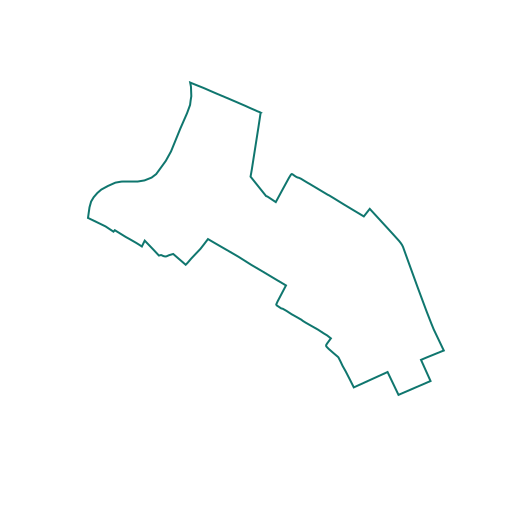 Curcani, Calarasi, Romania (Equal Earth projection), rotated 66°
{"feature_id": "2599482B73805615564390", "entity_name": "Curcani", "entity_type": "district", "adm_level": 2, "iso_a3": "ROU", "parent_name": "Romania", "parent_adm1": "Calarasi", "projection": "equal_earth", "projection_center": [26.604, 44.207], "detail": "fine", "context": "isolated", "style": "outline", "palette": "teal", "viewbox_px": 512, "rotation_deg": 66, "n_neighbors": 0, "source": "geoboundaries", "source_scale": "gbopen_adm2", "svg_char_len": 2109}
<svg xmlns="http://www.w3.org/2000/svg" viewBox="0 0 512 512"><g transform="rotate(66 256 256)"><path d="M152.9,394.0L160.3,387.7L167.8,381.4L175.8,376.3L175.0,374.5L185.7,367.2L189.0,364.7L195.3,360.1L198.1,358.2L200.9,356.4L196.7,351.4L208.3,347.2L216.1,344.5L216.4,342.8L216.7,342.1L218.1,340.9L219.0,339.9L219.7,338.7L219.9,337.8L219.9,335.0L220.3,332.1L220.5,330.8L235.4,323.8L234.6,321.7L232.0,316.2L229.0,309.0L226.9,303.9L224.4,299.2L221.0,293.0L227.4,288.4L245.7,275.1L249.6,272.3L262.2,263.9L270.0,258.3L295.1,240.6L306.4,254.9L308.3,257.0L308.5,257.2L309.5,257.2L314.1,254.3L315.1,253.0L318.5,250.5L321.3,248.7L323.9,247.0L324.8,246.3L332.8,240.4L334.2,239.7L337.0,237.8L342.3,233.9L348.5,229.3L354.1,225.7L357.5,223.3L361.7,221.1L364.6,226.2L365.5,227.6L365.9,228.1L366.6,228.5L367.2,228.5L367.7,228.4L370.4,227.4L375.8,224.9L381.2,222.3L381.9,222.0L382.7,221.9L386.8,221.7L391.6,221.6L397.9,221.0L406.8,220.5L415.8,220.1L415.6,194.5L415.5,183.0L440.8,182.3L441.2,147.4L418.0,147.5L418.1,141.5L418.4,132.2L418.7,122.9L407.0,123.2L395.3,123.5L389.1,123.3L376.0,122.7L350.7,121.1L321.0,119.0L307.5,118.0L305.3,118.1L303.0,118.5L300.6,119.1L293.5,121.4L284.5,124.4L259.2,132.9L263.7,141.4L245.3,154.3L239.6,158.2L234.9,161.4L230.3,164.6L229.3,165.5L211.8,177.8L211.4,178.1L210.2,179.0L207.2,181.1L203.7,183.5L201.9,185.1L201.2,186.1L200.0,187.1L198.5,188.1L196.7,189.1L195.7,189.9L195.7,190.3L195.9,191.0L198.0,194.1L207.4,206.4L214.8,216.0L208.0,220.3L206.3,221.4L205.4,222.4L181.3,228.7L175.2,224.6L139.5,201.5L127.0,193.5L127.0,193.4L126.7,193.6L125.6,194.6L124.2,196.0L122.8,197.2L119.1,200.6L117.1,202.4L114.7,204.5L109.6,209.2L107.3,211.3L104.2,214.2L101.8,216.4L91.9,225.7L86.9,230.3L82.4,234.4L80.9,235.8L77.1,239.5L70.8,245.6L72.6,246.0L75.0,246.6L83.7,250.1L87.4,252.5L91.2,254.8L97.5,260.9L108.9,273.4L118.9,283.8L125.9,291.1L132.4,299.7L136.8,307.3L140.6,313.9L141.9,319.5L141.6,327.1L139.9,333.6L133.3,348.6L131.8,354.6L131.8,362.9L132.4,370.3L133.9,375.3L136.3,380.4L139.2,384.5L143.8,388.3L145.7,389.5L147.3,390.5L152.9,394.0Z" fill="none" stroke="#0f766e" stroke-width="2"/></g></svg>